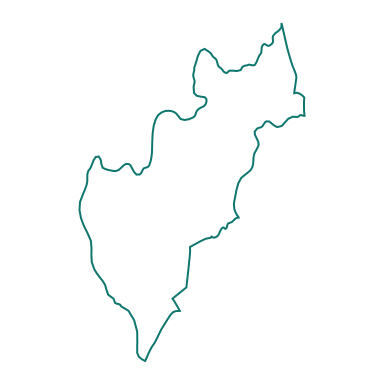 map outline of Querétaro (Equal Earth projection)
{"feature_id": "MEX-2733", "entity_name": "Querétaro", "entity_type": "State", "adm_level": 1, "iso_a3": "MEX", "parent_name": "Mexico", "parent_adm1": "", "projection": "equal_earth", "projection_center": [-99.752, 20.792], "detail": "fine", "context": "isolated", "style": "outline", "palette": "teal", "viewbox_px": 384, "rotation_deg": 0, "n_neighbors": 0, "source": "natural_earth", "source_scale": "10m", "svg_char_len": 3965}
<svg xmlns="http://www.w3.org/2000/svg" viewBox="0 0 384 384"><path d="M304.3,97.5L304.2,98.8L304.1,100.1L304.0,101.4L304.0,102.7L304.0,106.9L304.1,111.4L304.5,115.8L303.1,115.7L300.9,115.0L299.8,115.4L298.8,116.3L297.6,116.9L296.3,117.0L292.8,116.7L288.3,118.7L281.7,126.0L277.2,127.1L274.4,125.7L269.2,121.5L266.2,121.4L265.0,122.3L262.4,126.3L261.0,127.3L258.3,128.0L257.1,128.6L254.7,131.6L254.9,134.6L258.4,142.1L258.6,145.0L257.4,148.0L254.4,153.4L253.6,156.9L253.1,164.2L252.2,167.5L251.0,169.5L249.6,171.1L241.3,177.8L238.3,183.3L236.5,189.8L234.0,202.9L233.9,204.8L234.3,208.9L235.6,212.5L237.2,215.4L238.2,216.4L238.6,217.6L236.4,218.0L234.7,219.2L233.3,220.7L231.9,222.0L231.0,222.4L229.8,222.8L228.6,223.3L228.0,223.6L227.4,224.9L227.0,226.5L226.5,228.0L225.7,228.8L225.0,228.7L224.2,228.0L223.5,227.5L222.8,227.5L221.6,228.6L220.7,230.0L219.9,231.7L219.2,233.5L217.9,235.7L215.8,237.2L213.5,237.7L211.5,236.6L211.3,236.9L211.1,237.2L210.8,237.5L210.6,237.8L205.6,238.8L200.3,241.3L194.9,244.3L190.0,247.0L190.0,248.1L190.1,249.2L190.1,250.2L190.1,251.3L189.8,255.8L189.3,260.2L188.9,264.7L188.4,269.2L187.9,273.8L187.4,278.3L186.9,282.9L186.4,287.4L182.9,290.2L179.5,293.0L176.0,295.8L172.5,298.6L174.5,301.6L176.3,304.6L178.1,307.7L179.8,310.9L175.7,311.1L172.9,312.3L170.6,314.8L167.9,318.8L166.2,321.5L164.6,324.1L162.9,326.8L161.3,329.4L159.1,333.9L156.9,338.5L154.6,342.9L151.9,346.8L151.6,347.3L151.3,347.7L151.1,348.2L150.8,348.7L149.3,351.7L147.9,354.8L146.6,357.9L145.1,361.0L141.6,359.1L138.8,356.6L137.2,352.9L137.2,347.6L137.2,346.3L137.2,345.0L137.3,343.7L137.3,342.4L137.2,331.6L134.1,320.1L128.5,310.8L121.1,306.3L120.1,304.7L118.5,304.0L116.7,303.7L115.0,302.8L113.5,298.6L110.8,296.7L108.1,294.6L106.5,289.9L105.1,284.9L102.4,280.6L99.2,276.6L96.3,272.6L95.8,271.7L95.2,270.8L94.7,269.9L94.2,269.0L91.8,262.3L91.4,255.3L91.5,248.1L90.9,240.9L89.3,237.2L87.7,233.5L85.9,229.9L84.1,226.4L81.0,218.2L79.5,210.2L80.0,202.0L83.2,193.6L84.5,190.6L85.7,187.6L86.7,184.5L87.3,181.2L87.3,177.4L87.4,174.1L88.2,171.1L90.3,168.3L91.9,164.7L93.6,160.3L95.7,157.0L98.7,156.5L100.8,160.0L101.4,164.2L102.8,167.9L107.0,169.6L110.0,170.3L113.0,170.9L115.9,171.1L118.8,169.9L121.1,167.8L123.5,165.5L126.0,163.9L128.8,164.1L129.3,164.3L129.7,164.6L130.1,165.0L130.5,165.4L132.3,168.7L134.1,172.1L136.4,174.5L139.6,174.5L140.9,173.4L141.9,171.7L142.7,169.9L143.8,168.4L145.1,167.8L146.5,167.5L147.8,167.0L149.1,165.5L150.6,161.4L151.5,156.8L152.0,152.0L152.1,147.4L152.3,140.3L152.7,133.0L153.7,125.8L155.7,119.3L158.1,115.2L161.6,112.4L165.5,110.9L169.4,110.8L171.7,111.2L174.0,112.0L176.1,113.4L177.9,115.5L180.6,119.0L184.6,120.0L188.9,119.2L192.7,117.7L194.7,116.2L195.5,114.5L196.0,112.7L197.1,110.6L198.5,109.1L200.2,108.0L202.0,107.1L203.9,106.2L205.6,104.3L206.5,101.7L206.4,99.1L204.7,97.2L200.4,96.6L196.6,95.7L194.0,92.9L193.6,86.8L194.1,84.3L194.6,82.6L194.6,80.8L193.7,78.0L193.2,75.4L193.6,72.9L194.2,70.4L194.3,67.7L196.1,62.2L197.9,55.9L200.5,50.8L204.7,48.9L206.5,50.2L208.7,51.6L210.7,53.2L212.0,55.2L212.9,56.6L214.0,57.5L215.0,58.2L216.1,59.4L217.0,61.5L217.6,64.0L218.4,66.2L219.9,67.6L221.3,68.6L222.5,70.0L223.6,71.5L225.0,72.6L226.7,73.0L227.7,72.3L228.5,71.3L229.6,70.7L232.9,70.7L236.9,71.0L240.6,70.1L242.6,66.7L243.7,66.2L244.8,65.7L245.9,65.5L247.1,65.3L249.0,64.6L250.9,65.0L252.8,65.4L254.5,65.1L255.4,64.1L256.2,62.7L256.9,61.2L257.4,59.9L258.0,58.5L258.7,56.8L259.5,55.2L260.3,54.3L261.3,52.6L261.5,50.0L261.7,47.3L262.8,45.1L263.6,44.4L264.3,44.1L265.0,44.2L265.9,44.7L267.6,45.7L268.7,45.9L269.9,45.3L271.5,44.2L272.9,42.4L273.0,40.3L272.7,38.1L273.0,36.0L275.3,33.2L278.8,30.6L281.4,27.5L281.5,23.0L281.7,24.0L281.9,24.9L282.2,25.9L282.4,26.8L283.5,31.7L284.6,36.5L285.7,41.4L286.8,46.2L288.1,51.3L289.5,56.2L291.0,61.1L292.6,66.0L293.7,68.6L295.0,71.9L296.1,75.1L296.4,77.8L295.8,81.7L295.3,85.5L294.7,89.3L294.2,93.2L296.9,92.8L299.6,93.6L302.1,95.3L304.3,97.5Z" fill="none" stroke="#0f766e" stroke-width="2"/></svg>